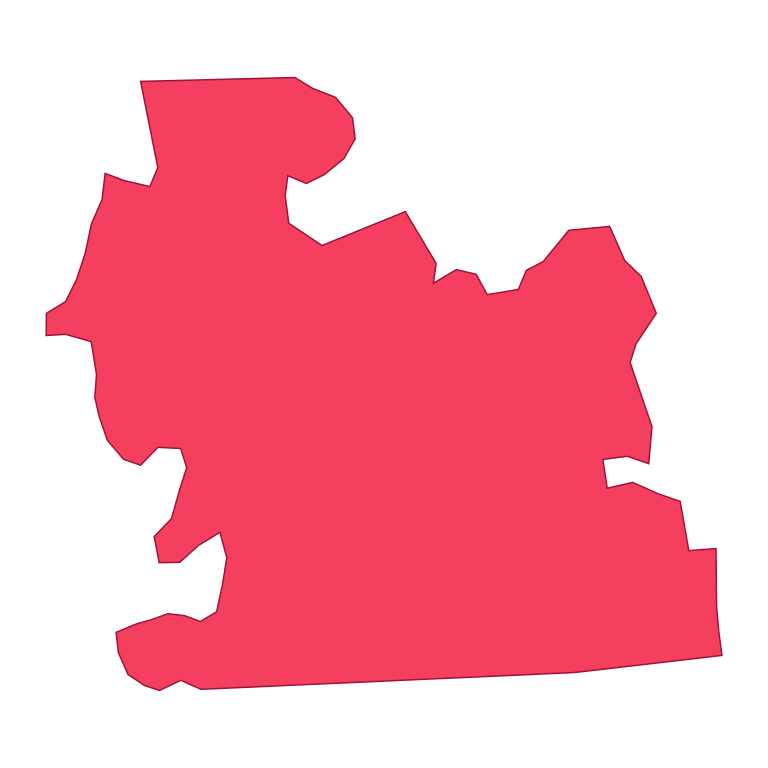 outline of Montauri, Rio Grande do Sul, Brazil
{"feature_id": "56859067B40303133509643", "entity_name": "Montauri", "entity_type": "district", "adm_level": 2, "iso_a3": "BRA", "parent_name": "Brazil", "parent_adm1": "Rio Grande do Sul", "projection": "robinson", "projection_center": [-52.06, -28.663], "detail": "fine", "context": "isolated", "style": "filled", "palette": "rose", "viewbox_px": 768, "rotation_deg": 0, "n_neighbors": 0, "source": "geoboundaries", "source_scale": "gbopen_adm2", "svg_char_len": 1172}
<svg xmlns="http://www.w3.org/2000/svg" viewBox="0 0 768 768"><path d="M140.6,81.4L157.8,167.5L149.9,186.6L123.7,180.4L105.1,173.4L102.1,199.5L91.5,223.7L85.2,253.3L76.6,279.4L65.6,301.6L46.4,313.3L46.1,335.5L65.6,334.3L91.2,341.7L96.5,374.5L94.8,397.4L99.2,416.5L107.4,440.3L123.7,459.4L140.6,465.2L157.9,447.3L180.7,448.5L186.7,467.6L179.7,489.4L171.5,518.6L154.2,536.6L159.2,562.7L179.7,562.3L198.3,545.5L219.9,532.3L226.8,557.6L222.5,584.5L216.6,611.8L200.3,621.5L184.7,615.7L167.8,613.7L151.6,619.6L135.6,624.2L116.1,632.4L118.4,652.7L128.0,674.5L144.3,685.4L159.5,690.5L180.7,680.3L201.0,689.3L574.7,672.5L721.9,655.4L718.6,629.7L716.6,606.7L716.0,548.6L688.8,550.6L680.2,501.5L657.9,493.7L632.7,482.4L607.2,488.2L602.9,459.4L627.4,456.3L648.7,463.7L652.0,426.7L630.1,362.4L636.1,343.7L656.3,313.3L641.1,276.3L624.8,260.7L609.6,226.4L568.8,230.3L543.2,261.5L526.3,270.4L518.3,289.5L487.2,294.6L476.2,274.3L456.3,269.6L433.4,283.3L436.1,263.4L405.3,211.6L322.0,245.5L288.8,223.3L285.2,195.6L287.8,175.7L306.4,183.5L324.3,174.6L343.9,158.6L355.2,138.7L352.5,117.7L335.6,97.4L312.7,88.4L294.8,77.5L140.6,81.4Z" fill="#f43f5e" stroke="#9f1239" stroke-width="1.5"/></svg>